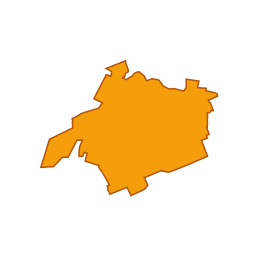 outline of Saraiu, Constanta, Romania, rotated 157°
{"feature_id": "2599482B59135931499306", "entity_name": "Saraiu", "entity_type": "district", "adm_level": 2, "iso_a3": "ROU", "parent_name": "Romania", "parent_adm1": "Constanta", "projection": "equal_earth", "projection_center": [28.194, 44.705], "detail": "fine", "context": "isolated", "style": "filled", "palette": "amber", "viewbox_px": 256, "rotation_deg": 157, "n_neighbors": 0, "source": "geoboundaries", "source_scale": "gbopen_adm2", "svg_char_len": 5268}
<svg xmlns="http://www.w3.org/2000/svg" viewBox="0 0 256 256"><g transform="rotate(157 128 128)"><path d="M213.3,138.0L214.2,136.8L216.3,134.4L217.6,132.9L222.1,127.6L223.5,126.0L223.2,125.9L223.3,125.8L222.9,125.6L222.2,125.3L222.0,125.2L221.4,124.9L220.5,124.6L220.2,124.6L219.1,124.2L218.6,124.0L218.1,123.8L217.9,123.8L217.3,123.6L216.4,123.3L215.4,122.9L213.9,122.3L213.1,122.0L211.7,121.5L205.3,124.3L204.4,124.6L202.7,125.4L201.5,125.9L201.1,126.1L200.5,126.3L200.1,126.4L199.7,126.5L196.2,125.2L194.5,124.5L193.8,125.1L193.6,125.2L193.2,125.6L186.5,131.1L179.7,136.7L179.2,136.5L175.9,135.1L175.5,134.9L174.7,134.7L175.9,133.5L176.1,133.3L176.3,133.0L176.4,132.8L176.6,132.7L176.9,132.5L177.2,132.2L178.1,131.4L178.3,131.1L178.5,130.9L178.7,130.6L178.8,130.5L179.0,130.5L179.1,130.3L179.4,130.0L179.7,129.8L180.0,129.4L180.2,129.0L180.4,128.6L180.6,128.3L181.1,127.5L181.3,127.1L181.5,126.8L181.9,126.0L182.1,125.7L183.0,123.9L183.0,123.6L183.4,122.8L183.7,122.4L183.9,121.7L184.1,121.0L183.9,121.0L183.6,120.9L182.1,120.1L181.7,119.9L181.4,119.8L181.1,119.7L180.9,119.7L180.6,120.0L180.0,120.3L179.8,120.5L179.6,120.7L179.3,121.3L179.1,121.6L178.7,121.8L178.4,121.8L178.1,122.0L177.8,122.7L177.3,122.3L176.5,121.5L175.5,120.7L177.5,118.1L178.3,117.1L180.4,114.2L169.7,105.1L169.8,105.1L170.0,104.4L170.1,104.0L170.2,103.5L170.3,103.4L170.2,103.1L170.2,102.7L170.1,102.3L170.0,101.7L170.0,101.2L169.9,100.6L169.8,100.3L169.6,99.8L169.6,99.5L169.3,98.8L169.1,98.1L169.1,97.9L168.9,97.3L168.9,97.0L168.8,96.4L168.7,95.5L168.6,94.4L168.4,92.8L168.0,89.4L167.9,87.8L167.8,86.7L167.7,86.5L167.6,86.0L167.6,85.2L167.5,84.0L167.4,83.5L167.3,82.9L167.3,82.6L169.2,82.8L169.9,82.8L170.0,80.0L170.3,79.6L170.9,79.1L170.8,78.7L170.6,77.8L170.3,74.9L170.3,74.6L170.4,74.4L170.5,74.1L164.4,74.0L163.2,74.0L152.1,73.8L151.9,69.5L151.8,69.1L151.8,68.3L151.7,67.1L151.7,66.8L151.7,66.5L151.7,66.4L151.6,65.9L151.7,64.6L150.4,64.7L143.4,64.9L138.1,65.1L136.7,65.2L136.5,65.3L136.3,65.2L132.8,67.1L132.1,67.8L132.3,72.6L132.3,76.1L131.8,75.9L130.6,75.8L130.2,75.8L129.1,75.9L124.8,75.8L122.4,75.8L119.5,75.8L117.9,75.8L116.3,75.8L114.2,75.8L114.3,75.7L114.2,75.6L112.6,74.5L109.5,72.5L108.0,71.6L107.6,71.3L103.4,71.2L94.8,70.9L93.0,70.9L91.2,70.8L89.2,70.8L84.7,70.7L84.3,70.7L82.4,70.6L82.0,70.6L81.7,70.7L81.5,70.8L80.7,70.9L75.2,70.9L72.9,70.9L72.1,70.9L70.2,70.9L65.8,70.9L65.6,78.8L65.6,79.1L65.5,79.8L65.2,87.9L63.6,87.8L59.7,87.7L58.9,87.7L58.8,90.5L55.8,90.4L55.5,97.5L54.9,97.5L54.2,99.0L53.6,100.0L53.2,100.9L52.8,101.7L52.6,102.4L52.2,103.5L51.3,105.5L51.0,106.0L50.2,107.7L50.1,107.9L49.2,110.2L49.4,110.3L49.2,110.8L49.1,110.7L48.6,110.6L48.1,110.4L46.8,110.4L45.6,110.7L45.0,111.8L42.7,110.6L42.5,111.1L42.7,113.7L42.6,114.0L42.5,114.7L42.5,115.5L42.3,118.9L42.5,119.2L42.8,119.7L42.9,120.1L43.1,120.8L43.0,121.1L42.9,121.4L43.0,122.2L43.0,122.4L41.5,122.1L41.1,122.1L40.8,122.1L40.5,122.1L37.6,122.2L34.7,122.3L33.6,122.3L33.7,122.5L33.5,122.8L33.3,123.0L33.0,123.2L32.8,123.3L32.7,123.4L32.6,123.6L32.5,123.9L32.6,124.4L32.8,124.7L33.0,125.3L33.2,125.5L33.6,125.9L33.8,126.0L34.3,126.4L36.6,128.2L37.5,128.8L38.3,129.4L39.1,130.0L39.8,130.5L41.3,131.6L41.9,132.0L40.5,134.0L48.3,138.0L44.4,143.5L55.4,150.2L55.5,150.0L56.1,148.4L57.4,145.4L58.3,143.3L58.5,142.9L58.8,142.5L59.1,142.3L59.8,141.8L61.1,140.8L61.5,140.7L61.8,140.6L62.1,140.5L62.3,140.6L62.6,140.7L63.1,141.0L64.8,142.2L67.0,143.9L69.7,145.9L70.0,146.2L70.9,146.5L72.5,147.0L73.8,147.5L74.6,147.8L75.0,147.9L75.2,148.0L75.3,148.2L78.1,151.6L78.9,152.6L79.1,153.0L80.1,157.3L80.4,158.4L80.7,159.6L80.8,159.9L81.0,160.1L81.2,160.3L83.6,162.0L85.7,163.4L86.0,163.6L86.2,163.8L86.6,163.9L86.8,164.0L87.4,164.0L88.7,164.0L90.7,164.1L91.5,164.1L91.8,164.1L92.1,164.3L92.3,164.4L92.4,164.6L92.5,164.8L92.6,167.0L92.7,169.0L92.7,169.6L93.2,170.4L94.0,172.0L94.4,172.8L95.4,174.8L95.9,175.4L96.5,175.6L97.0,175.8L97.5,175.8L98.5,175.8L100.5,175.8L100.9,175.8L101.2,175.7L101.5,175.5L102.2,175.1L102.6,174.8L102.9,174.5L103.2,174.4L103.5,174.3L109.6,173.4L110.4,173.3L110.9,173.2L111.1,173.3L111.2,173.5L111.4,173.8L111.9,174.8L112.1,175.0L112.3,175.2L112.8,175.6L113.3,176.2L112.5,177.0L112.1,177.1L111.7,176.6L110.8,177.0L110.4,177.2L110.2,177.4L110.0,177.6L109.9,177.7L109.7,177.9L109.4,178.5L109.1,179.0L109.0,179.3L108.9,179.4L108.8,179.5L108.3,179.5L107.6,179.6L106.6,179.5L106.2,179.6L105.8,179.8L105.7,180.0L105.5,180.3L105.4,180.5L105.1,181.6L105.1,181.8L105.0,182.0L105.0,182.7L105.0,183.2L104.8,185.9L104.7,188.0L104.7,189.0L104.7,189.4L104.6,189.6L104.5,189.8L104.4,190.0L103.9,190.7L103.9,190.8L112.6,191.0L113.8,191.0L114.2,191.0L115.2,191.1L116.0,191.1L125.0,191.4L123.7,189.8L121.6,187.3L121.2,186.7L121.2,186.3L121.3,185.9L121.5,185.5L123.6,182.3L123.8,182.3L126.4,185.1L127.3,185.4L148.0,168.3L146.1,166.1L144.0,163.7L141.7,161.1L143.5,160.2L145.4,159.0L147.3,157.8L147.5,157.8L147.8,157.8L148.2,157.8L156.4,158.7L159.9,159.1L162.0,159.3L162.8,159.3L165.5,159.5L169.9,158.8L170.8,158.6L171.7,158.6L172.2,158.5L175.3,158.6L175.9,158.3L176.0,156.0L177.0,155.3L177.0,155.2L176.8,155.0L177.1,154.4L177.8,152.7L178.8,150.0L178.9,149.8L179.3,149.6L180.2,149.5L180.7,149.6L204.6,148.3L204.8,148.1L207.1,145.5L210.8,141.0L213.3,138.0Z" fill="#f59e0b" stroke="#b45309" stroke-width="1.5"/></g></svg>